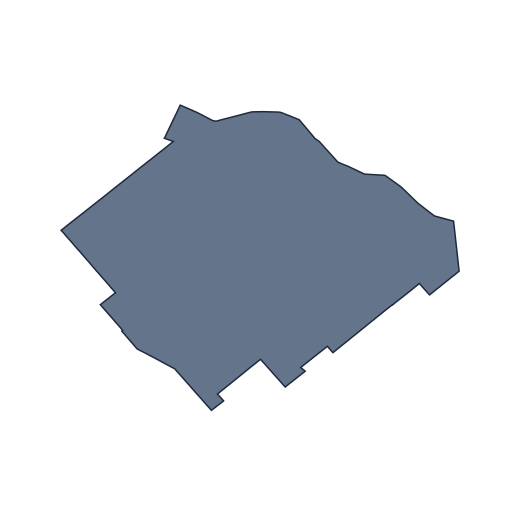 outline of San Martín, Santa Fe, Argentina, rotated 128°
{"feature_id": "61730980B15935899611470", "entity_name": "San Martín", "entity_type": "district", "adm_level": 2, "iso_a3": "ARG", "parent_name": "Argentina", "parent_adm1": "Santa Fe", "projection": "equal_earth", "projection_center": [-61.712, -32.002], "detail": "fine", "context": "isolated", "style": "filled", "palette": "slate", "viewbox_px": 512, "rotation_deg": 128, "n_neighbors": 0, "source": "geoboundaries", "source_scale": "gbopen_adm2", "svg_char_len": 3332}
<svg xmlns="http://www.w3.org/2000/svg" viewBox="0 0 512 512"><g transform="rotate(128 256 256)"><path d="M126.7,283.7L126.2,286.0L124.8,292.6L122.0,305.9L126.9,322.7L127.6,324.9L128.7,326.8L130.9,329.8L138.2,339.7L144.9,347.9L147.8,350.2L171.6,368.4L173.8,370.0L174.7,371.0L175.3,372.2L176.0,373.7L179.2,390.9L183.6,408.1L183.8,408.6L192.1,406.7L198.2,405.4L203.1,404.3L207.2,403.4L216.3,401.4L219.3,400.7L219.6,400.7L217.1,392.9L216.7,391.7L227.6,394.3L228.9,394.6L233.8,395.8L253.2,400.5L253.5,400.6L262.6,402.8L266.1,403.6L271.3,404.9L273.1,405.3L274.2,405.6L276.9,406.2L277.4,406.3L277.9,406.5L280.6,407.1L283.6,407.9L303.0,412.5L338.9,421.3L343.2,422.4L355.7,425.4L356.0,424.0L356.1,423.0L356.3,421.9L356.9,419.2L357.4,416.7L357.9,413.8L359.1,407.5L359.5,405.8L359.6,404.9L359.8,404.2L360.6,399.8L361.9,393.0L362.4,390.7L362.6,389.4L362.9,387.9L363.5,384.8L365.9,373.1L367.2,365.6L367.3,365.6L368.0,361.8L368.1,361.3L368.5,359.1L369.0,356.5L369.4,354.4L369.6,353.6L369.8,352.6L369.9,352.2L370.0,351.9L371.0,346.4L371.2,345.7L371.5,344.1L376.6,345.4L380.0,346.2L382.7,346.9L386.4,347.8L389.1,348.4L390.2,348.7L390.6,346.5L391.8,340.5L393.2,333.0L393.8,329.9L394.1,328.4L395.3,322.2L396.7,315.2L396.9,315.2L397.8,315.5L399.8,305.5L400.5,301.9L401.9,294.9L402.2,293.6L402.3,292.6L402.4,292.1L400.4,282.0L399.5,276.7L399.1,274.7L395.7,254.9L395.2,252.1L395.0,251.1L394.9,250.6L395.6,247.3L396.4,242.5L396.5,242.3L397.1,239.0L397.1,238.9L398.4,231.9L399.1,228.1L399.6,225.7L399.9,224.0L401.2,217.2L401.3,216.5L401.5,215.1L402.0,212.6L402.1,211.8L402.4,210.4L403.9,202.5L404.9,197.1L405.1,196.1L398.3,194.4L390.3,192.3L390.1,192.3L389.5,195.3L388.5,201.4L385.2,200.6L383.7,200.3L381.6,199.8L375.6,198.4L368.4,196.7L367.5,196.5L360.5,194.9L354.6,193.5L352.3,193.0L343.6,191.0L342.8,190.8L341.8,190.5L341.5,190.5L340.9,190.3L337.7,189.6L337.4,189.5L335.5,189.0L334.8,188.9L334.6,188.8L334.8,188.0L334.9,187.0L335.0,186.8L335.9,181.4L336.9,176.2L337.0,175.6L341.1,153.3L341.3,152.3L340.6,152.2L334.0,150.6L333.8,150.5L320.9,147.4L319.2,147.0L319.1,146.9L317.4,146.5L316.5,146.3L316.4,147.0L316.4,148.6L316.4,149.8L316.3,152.1L312.3,151.2L307.5,150.0L301.3,148.5L301.2,148.5L296.7,147.4L295.6,147.1L295.3,147.1L292.2,146.3L289.2,145.6L284.0,144.3L283.5,144.2L283.2,144.1L283.7,141.8L284.3,138.6L284.6,136.9L284.8,135.8L280.2,134.8L276.7,134.0L272.8,133.1L270.3,132.5L269.0,132.2L263.4,130.9L259.8,130.1L256.7,129.3L253.9,128.7L253.4,128.6L252.0,128.2L251.3,128.1L251.2,128.1L248.9,127.5L248.6,127.5L248.2,127.4L245.0,126.6L242.2,126.0L237.9,125.0L233.8,124.0L232.9,123.8L232.7,123.8L229.7,123.1L226.4,122.3L222.4,121.4L218.2,120.4L213.3,119.2L213.0,119.1L212.9,119.1L210.7,118.6L210.7,118.3L207.5,117.6L202.8,116.5L202.7,116.5L202.7,116.4L188.3,112.9L188.2,112.9L177.3,110.4L177.1,110.3L178.0,105.6L178.5,102.8L179.0,99.9L179.6,96.4L179.8,95.3L175.3,94.2L174.8,94.1L171.6,93.4L168.7,92.7L165.5,91.9L161.8,91.1L161.6,91.0L156.6,89.8L155.2,89.5L153.3,89.1L151.6,88.7L149.9,88.2L147.8,87.7L146.8,87.5L142.9,86.6L142.1,87.4L109.1,119.6L106.9,121.8L108.9,126.5L114.6,140.1L114.7,152.9L114.7,161.3L112.3,183.2L112.3,186.0L113.0,203.7L113.4,204.6L124.6,220.8L125.8,226.0L128.6,238.5L130.7,245.8L131.6,249.5L127.9,270.5L126.8,276.7L126.9,277.9L126.9,278.5L127.1,282.0L126.7,283.7Z" fill="#64748b" stroke="#1e293b" stroke-width="1.5"/></g></svg>